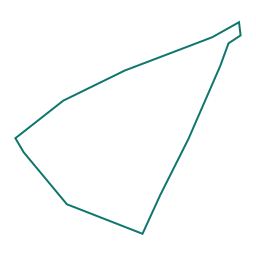 map outline of Choiseul (Mercator projection)
{"feature_id": "LCA-5078", "entity_name": "Choiseul", "entity_type": "Quarter", "adm_level": 1, "iso_a3": "LCA", "parent_name": "Saint Lucia", "parent_adm1": "", "projection": "mercator", "projection_center": [-61.017, 13.796], "detail": "fine", "context": "isolated", "style": "outline", "palette": "teal", "viewbox_px": 256, "rotation_deg": 0, "n_neighbors": 0, "source": "natural_earth", "source_scale": "10m", "svg_char_len": 285}
<svg xmlns="http://www.w3.org/2000/svg" viewBox="0 0 256 256"><path d="M142.5,233.8L66.9,204.3L23.6,152.2L15.4,138.2L63.3,100.6L124.8,70.5L212.3,37.2L239.0,22.2L240.6,35.4L228.5,43.3L220.3,65.8L188.5,138.8L160.3,194.9L142.5,233.8Z" fill="none" stroke="#0f766e" stroke-width="2"/></svg>